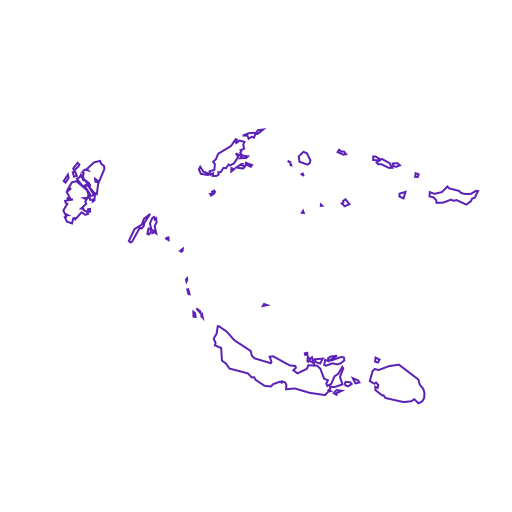 Maluku, Mercator projection, rotated 192°
{"feature_id": "IDN-554", "entity_name": "Maluku", "entity_type": "Province", "adm_level": 1, "iso_a3": "IDN", "parent_name": "Indonesia", "parent_adm1": "", "projection": "mercator", "projection_center": [130.68, -5.566], "detail": "fine", "context": "isolated", "style": "outline", "palette": "violet", "viewbox_px": 512, "rotation_deg": 192, "n_neighbors": 0, "source": "natural_earth", "source_scale": "10m", "svg_char_len": 6180}
<svg xmlns="http://www.w3.org/2000/svg" viewBox="0 0 512 512"><g transform="rotate(192 256 256)"><path d="M280.2,166.4L278.4,171.8L278.8,179.4L277.8,179.6L268.8,175.9L259.9,169.2L241.3,161.9L239.5,157.8L236.3,155.6L219.3,154.2L218.9,155.7L221.7,160.4L218.2,161.4L200.3,156.0L194.7,156.6L193.7,155.0L195.7,152.0L191.0,149.8L182.7,156.3L182.1,160.0L173.4,161.4L169.6,159.1L164.0,150.2L159.8,149.4L160.7,145.7L159.2,143.7L155.8,146.6L154.2,154.6L151.0,157.9L148.5,165.5L147.3,164.1L148.7,155.2L144.7,148.4L152.2,144.0L156.4,143.7L155.8,141.7L157.1,140.0L154.9,139.4L157.2,138.2L159.6,134.3L174.9,133.3L190.5,134.5L198.9,131.9L199.4,136.0L201.2,138.4L204.4,138.8L204.5,137.4L206.3,138.1L212.5,134.3L214.4,131.4L220.7,130.8L230.7,134.8L232.7,137.0L235.0,136.4L239.6,139.5L258.6,140.4L263.1,144.6L267.5,146.5L271.0,158.8L277.7,160.1L277.4,162.4L280.2,166.4ZM118.7,157.3L118.0,167.8L116.3,170.2L112.5,169.9L102.9,176.0L93.5,179.4L71.5,168.9L69.0,164.2L64.7,160.7L62.7,156.9L62.0,151.8L63.2,148.4L66.4,145.7L71.4,148.8L73.9,146.2L81.2,143.8L99.9,144.0L102.3,146.3L103.5,145.8L111.3,149.7L112.1,152.9L109.6,152.3L109.5,155.2L112.2,157.2L113.7,155.7L118.7,157.3ZM453.9,282.3L451.4,289.7L447.2,291.8L434.9,285.2L432.4,280.6L433.1,277.7L436.4,276.8L433.5,276.0L434.3,273.7L432.9,271.8L436.9,266.0L434.8,266.4L434.2,265.0L431.1,264.5L429.0,262.3L431.5,260.8L435.7,262.4L440.4,254.3L441.1,255.4L442.6,254.9L442.7,249.6L448.1,250.3L451.1,254.3L449.9,254.9L450.5,256.1L448.4,256.8L451.8,257.7L453.9,260.5L451.4,267.8L453.2,268.4L454.2,270.3L451.1,271.5L452.9,273.9L449.3,272.2L446.9,273.1L449.4,273.2L454.5,279.3L450.9,283.7L453.9,282.3ZM319.1,329.1L314.6,331.7L315.4,337.5L317.6,339.1L315.4,342.2L314.2,348.2L303.3,358.4L300.1,366.1L298.9,365.8L299.8,363.2L298.6,362.4L296.2,365.5L291.1,365.3L291.6,362.1L289.9,358.5L293.1,356.3L292.2,355.5L292.8,353.6L291.0,352.1L292.1,351.1L297.1,352.1L294.0,349.5L296.7,342.2L300.0,339.3L301.8,339.8L303.6,335.7L306.2,335.3L308.0,330.6L310.3,330.1L309.5,327.9L311.3,326.1L315.1,325.3L315.2,328.0L317.4,326.1L319.1,329.1ZM98.7,350.4L99.2,354.6L94.3,353.9L87.4,357.2L83.2,363.8L81.2,362.3L70.9,361.9L68.5,360.3L64.8,360.1L59.0,361.3L54.0,365.7L52.3,365.7L54.1,358.6L56.6,356.9L57.2,354.2L61.0,350.0L71.5,352.4L74.1,351.1L77.1,351.6L84.0,347.1L90.4,345.5L91.3,348.0L94.6,350.3L98.7,350.4ZM441.7,301.1L443.3,301.6L442.3,303.9L441.1,305.0L438.0,304.8L439.5,305.9L433.9,313.9L428.3,316.6L426.5,313.9L423.3,312.4L422.4,309.6L425.0,295.9L429.4,298.0L428.5,295.3L426.1,295.5L425.4,294.1L424.6,283.3L426.1,283.2L433.2,288.6L432.9,290.6L434.7,292.7L440.4,295.3L441.9,298.2L441.7,301.1ZM166.6,163.6L166.8,168.8L163.1,168.2L164.2,170.9L162.4,173.0L156.1,175.3L161.7,169.8L160.9,169.3L151.2,175.2L148.8,174.9L147.9,172.2L151.1,168.5L153.9,166.9L158.9,166.9L164.6,163.3L166.6,163.6ZM233.1,357.2L234.9,362.3L231.2,367.8L227.5,367.0L222.7,360.9L222.8,357.9L224.8,356.1L233.1,357.2ZM383.5,244.2L380.4,257.1L374.2,263.0L373.4,269.0L368.3,275.1L372.1,265.2L372.1,261.7L373.7,259.1L375.5,259.4L380.2,244.3L381.5,243.2L383.5,244.2ZM366.5,265.7L365.3,271.8L363.7,273.0L362.6,270.6L361.5,272.0L360.2,268.3L361.4,264.4L358.3,257.4L360.2,258.3L361.8,257.1L361.5,259.5L363.7,260.0L366.5,265.7ZM435.9,286.7L438.9,287.9L435.1,290.2L429.1,284.0L427.3,284.1L428.3,281.3L426.3,282.3L425.6,276.8L426.9,275.5L426.9,277.4L429.7,276.3L430.8,278.5L432.1,278.0L430.5,281.1L435.9,286.7ZM155.8,371.2L157.5,372.6L152.9,377.1L144.8,374.6L141.1,370.6L144.3,369.8L152.6,371.8L155.8,371.2ZM447.2,294.2L444.8,296.5L444.2,299.0L440.7,294.3L439.1,294.4L435.5,291.4L439.9,288.1L447.2,294.2ZM289.4,372.0L294.0,371.0L288.6,374.6L281.1,376.7L280.5,379.3L275.3,381.2L279.4,376.1L282.0,375.0L282.6,371.3L284.7,371.9L287.6,369.1L289.4,372.0ZM329.8,328.7L329.1,331.7L325.1,327.6L318.6,326.6L319.7,325.2L327.0,324.9L329.8,328.7ZM181.7,326.4L182.2,328.0L180.3,330.1L175.4,326.1L179.5,323.1L183.1,325.2L181.7,326.4ZM175.4,164.6L177.0,167.2L169.4,169.5L170.9,164.1L175.4,164.6ZM128.1,344.0L128.6,346.8L123.1,349.8L123.7,343.0L128.1,344.0ZM184.0,164.2L184.3,168.2L181.7,166.2L180.2,168.6L176.9,162.8L181.9,164.9L182.8,163.2L184.0,164.2ZM197.8,374.6L196.8,377.2L194.2,376.0L191.5,376.4L189.1,374.3L191.6,373.3L197.8,374.6ZM293.7,338.4L289.5,342.9L288.5,343.1L289.1,341.8L285.4,341.5L286.7,338.9L293.7,338.4ZM451.6,301.7L453.0,303.6L449.9,310.0L447.8,308.8L448.1,307.1L451.6,301.7ZM141.6,148.0L142.7,150.2L141.9,151.6L137.4,152.0L135.8,150.7L138.7,147.7L141.6,148.0ZM161.3,374.3L162.1,377.6L159.9,378.2L155.5,376.8L156.4,374.9L161.3,374.3ZM117.6,177.5L117.9,181.5L113.6,180.3L114.5,177.2L117.6,177.5ZM457.6,288.2L459.7,289.4L456.9,296.5L455.5,293.3L457.6,288.2ZM148.5,137.0L151.5,138.0L149.4,141.5L144.1,142.0L148.5,138.7L148.5,137.0ZM132.3,152.1L135.9,156.6L130.3,155.5L128.6,153.8L132.3,152.1ZM140.3,372.5L141.5,374.9L137.0,376.2L134.1,374.6L137.6,372.3L140.3,372.5ZM450.6,295.8L452.6,299.8L450.2,300.6L447.9,297.1L450.6,295.8ZM285.9,349.9L291.8,348.3L290.0,351.4L284.6,351.8L285.9,349.9ZM366.9,255.3L366.9,260.5L364.7,260.8L363.8,257.5L365.7,254.0L365.7,255.5L366.9,255.3ZM116.8,366.5L117.1,370.2L113.9,369.7L114.2,366.9L116.8,366.5ZM285.2,343.6L285.3,345.1L278.8,344.1L279.6,342.2L285.2,343.6ZM304.5,183.6L305.7,188.4L303.8,187.6L302.4,183.8L304.5,183.6ZM312.6,305.8L313.8,307.2L311.3,308.2L312.3,309.8L310.5,311.3L309.5,310.4L309.9,308.4L312.6,305.8ZM429.5,264.4L429.9,266.9L428.1,267.5L427.6,264.8L429.5,264.4ZM187.4,169.5L188.0,171.0L185.8,172.0L185.2,170.2L187.4,169.5ZM298.5,188.6L303.4,192.4L299.2,190.4L298.5,188.6ZM313.0,204.8L314.2,204.8L316.3,209.0L315.4,209.4L313.0,204.8ZM297.7,333.6L298.3,336.9L295.5,336.3L297.7,333.6ZM330.0,244.6L331.3,245.2L329.1,247.8L328.9,245.7L330.0,244.6ZM344.8,253.4L347.6,254.3L347.2,255.2L345.5,256.0L344.8,253.4ZM234.9,210.3L238.9,208.5L238.2,210.7L234.9,210.3ZM219.4,309.9L218.2,308.0L220.1,307.8L219.4,309.9ZM295.2,184.5L297.1,185.9L296.6,187.6L295.2,184.5ZM318.7,216.5L319.6,218.5L318.8,219.8L318.3,218.3L318.7,216.5ZM227.5,346.3L225.9,344.3L228.4,345.4L227.5,346.3ZM241.2,352.1L241.1,353.9L240.4,352.0L241.2,352.1ZM203.2,319.8L201.7,319.0L203.0,318.5L203.2,319.8ZM242.6,354.6L244.8,355.7L242.3,355.0L242.6,354.6Z" fill="none" stroke="#5b21b6" stroke-width="2"/></g></svg>